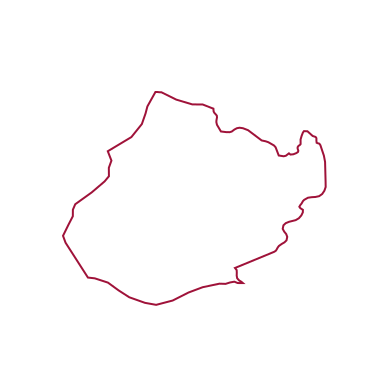 map outline of Siguiri (Natural Earth projection), rotated 58°
{"feature_id": "GIN-5657", "entity_name": "Siguiri", "entity_type": "Prefecture", "adm_level": 1, "iso_a3": "GIN", "parent_name": "Guinea", "parent_adm1": "", "projection": "natural_earth1", "projection_center": [-9.321, 11.681], "detail": "fine", "context": "isolated", "style": "outline", "palette": "rose", "viewbox_px": 384, "rotation_deg": 58, "n_neighbors": 0, "source": "natural_earth", "source_scale": "10m", "svg_char_len": 1727}
<svg xmlns="http://www.w3.org/2000/svg" viewBox="0 0 384 384"><g transform="rotate(58 192 192)"><path d="M211.7,57.9L212.5,58.1L214.4,59.3L216.3,60.2L217.4,59.4L218.5,58.4L220.3,58.3L231.1,60.9L237.0,63.2L253.8,73.1L258.6,76.0L261.1,79.1L262.7,82.7L262.9,86.4L261.6,90.0L259.8,93.3L258.3,96.7L258.1,101.0L258.5,102.7L259.9,105.3L260.4,106.9L261.4,108.8L263.1,108.7L265.9,107.4L268.0,108.8L269.8,111.7L270.9,115.3L270.8,119.0L268.7,125.5L268.1,129.0L268.7,132.1L271.3,134.6L274.4,134.8L277.6,134.4L280.5,135.0L283.1,137.5L283.7,140.3L283.6,143.4L283.8,146.9L284.5,148.7L285.4,150.3L286.2,151.9L286.3,153.8L279.2,195.8L281.9,195.5L284.2,196.8L286.6,198.4L289.1,199.4L292.0,198.9L294.3,197.7L296.2,197.1L293.4,201.5L290.5,203.6L288.9,207.6L287.7,212.2L284.3,217.3L278.4,233.4L275.4,248.2L273.8,265.9L268.7,282.2L261.1,290.6L248.0,301.0L236.5,306.4L224.3,311.3L213.7,320.2L209.4,325.6L168.0,326.1L160.8,324.6L154.4,314.3L149.4,305.9L143.9,302.4L140.5,297.5L139.2,277.3L136.7,260.5L134.6,254.1L127.4,249.7L122.7,243.7L112.8,241.8L113.3,214.3L107.8,198.5L100.8,189.8L95.8,184.5L87.8,170.0L88.9,168.3L90.1,166.8L91.2,165.1L105.3,156.4L117.9,145.3L123.4,136.6L132.7,129.7L135.2,131.0L136.6,131.1L139.4,130.6L140.4,130.5L141.9,131.2L144.2,133.3L145.6,134.3L148.2,135.2L156.0,135.4L159.4,131.2L161.2,128.4L161.8,126.3L161.5,122.9L161.7,120.1L162.7,117.6L164.9,115.0L169.3,111.7L185.2,105.6L188.0,102.7L190.2,100.9L196.0,97.8L198.4,97.4L207.0,99.1L210.3,95.3L211.0,93.2L210.6,89.3L212.4,88.7L213.7,86.1L214.3,82.9L214.2,80.9L213.4,80.0L211.1,79.4L210.0,78.7L209.3,77.2L209.3,75.7L208.9,74.5L205.0,72.1L202.5,69.3L200.4,66.5L199.7,64.8L201.7,61.9L208.4,60.0L210.7,58.1L211.7,57.9Z" fill="none" stroke="#9f1239" stroke-width="2"/></g></svg>